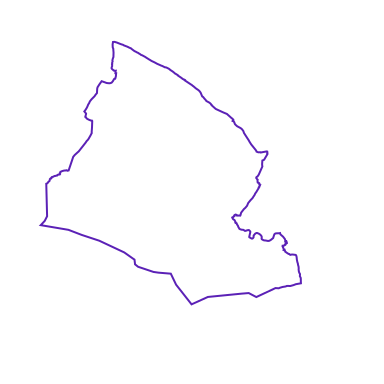 Lardal nor, Vestfold, Norway, rotated 297°
{"feature_id": "86288312B65045037066100", "entity_name": "Lardal nor", "entity_type": "district", "adm_level": 2, "iso_a3": "NOR", "parent_name": "Norway", "parent_adm1": "Vestfold", "projection": "mercator", "projection_center": [9.915, 59.364], "detail": "fine", "context": "isolated", "style": "outline", "palette": "violet", "viewbox_px": 384, "rotation_deg": 297, "n_neighbors": 0, "source": "geoboundaries", "source_scale": "gbopen_adm2", "svg_char_len": 5789}
<svg xmlns="http://www.w3.org/2000/svg" viewBox="0 0 384 384"><g transform="rotate(297 192 192)"><path d="M260.1,242.0L260.8,241.6L260.7,241.4L262.1,240.8L262.2,240.7L262.0,240.0L261.6,239.5L258.7,235.7L258.4,235.4L258.5,235.0L257.8,233.7L257.6,233.4L257.4,232.6L257.3,232.1L257.3,231.1L258.0,230.4L261.3,223.1L262.9,220.4L263.8,219.1L265.4,216.3L268.2,211.5L269.6,210.1L270.6,208.1L271.0,206.4L271.1,202.3L271.6,200.5L272.0,199.4L272.9,198.4L273.3,198.1L273.6,197.4L273.9,197.1L274.0,196.8L273.7,196.2L273.7,195.9L274.3,195.9L274.8,196.2L275.2,196.0L275.3,195.7L275.3,195.3L275.6,194.9L276.0,192.9L276.4,191.5L276.8,189.9L277.4,187.7L277.1,183.8L276.8,176.1L276.8,175.4L277.0,174.6L278.1,170.5L278.5,170.1L278.5,169.4L279.1,168.7L279.5,166.9L279.6,163.5L280.2,162.4L280.9,160.5L281.5,159.3L281.8,158.4L281.8,157.7L284.5,154.5L285.4,152.6L285.8,150.9L285.8,150.5L286.1,148.3L286.9,145.1L286.9,144.5L287.3,143.1L287.3,142.6L288.2,134.8L288.6,134.8L288.6,133.5L288.5,132.8L288.5,132.4L288.6,131.8L288.8,131.2L289.4,126.5L289.8,126.0L289.7,125.1L289.9,123.9L289.8,123.4L290.2,121.9L290.6,120.0L290.9,117.1L291.0,117.0L291.3,115.5L291.3,115.1L291.3,112.8L291.1,111.8L290.8,111.3L290.8,110.7L290.8,109.3L290.8,108.3L290.6,106.9L290.6,106.0L290.5,104.4L290.4,102.8L290.5,99.8L290.4,96.4L290.6,94.5L290.6,93.9L290.8,91.9L290.9,90.5L291.1,89.1L291.2,85.4L291.0,84.6L291.3,82.9L291.3,81.9L291.5,81.0L291.4,79.9L291.5,77.7L291.4,77.2L291.5,76.3L291.9,74.0L292.1,73.0L292.3,72.4L292.1,70.4L292.2,69.5L292.1,69.1L292.1,68.6L292.1,68.0L292.0,67.4L291.8,65.4L291.7,65.0L291.8,64.2L291.8,63.5L291.8,63.3L291.6,62.7L291.4,61.1L291.0,56.8L290.8,56.1L290.8,55.7L290.7,55.3L290.5,54.6L289.8,53.5L287.4,54.3L284.9,55.7L283.8,56.9L283.2,57.2L280.6,58.8L276.6,60.7L274.9,60.9L273.2,61.3L272.7,61.6L272.5,61.9L270.8,62.2L270.4,62.4L270.0,62.8L269.5,62.7L268.5,63.4L267.6,63.8L266.7,63.8L265.7,64.2L265.4,64.6L265.0,65.9L264.9,66.7L264.7,67.0L264.7,67.5L264.9,67.7L265.0,68.4L265.4,69.0L264.6,69.2L263.1,69.8L263.4,70.5L262.1,71.0L260.7,71.6L258.5,72.1L258.0,72.1L257.9,71.9L257.7,71.5L257.2,71.3L255.0,71.2L253.5,70.9L252.9,70.7L252.3,70.2L251.6,69.4L251.0,68.2L250.4,66.5L250.3,65.9L250.2,64.9L249.7,61.2L245.7,60.6L242.4,60.3L241.1,60.6L237.0,62.4L234.8,61.9L233.1,61.7L229.0,60.4L226.6,59.9L225.3,59.9L224.6,60.0L222.8,59.8L220.7,60.0L218.8,60.0L216.6,59.8L214.9,59.5L213.8,62.0L213.4,62.2L210.5,62.8L210.4,63.7L209.9,64.3L209.6,65.4L209.6,66.8L209.6,67.5L209.6,68.0L209.8,69.0L209.8,69.7L210.2,70.4L210.0,70.8L209.7,71.0L204.1,73.6L199.6,75.5L199.1,75.9L196.2,75.9L192.3,75.7L191.1,75.5L189.5,75.0L187.7,74.8L176.6,72.6L175.7,72.2L171.7,70.7L169.4,70.2L155.2,72.3L154.4,71.4L154.4,71.2L154.5,70.8L154.4,70.3L153.9,69.9L153.8,69.5L153.0,68.3L151.7,66.8L150.8,66.2L150.3,65.6L150.2,65.6L149.4,65.8L148.6,65.6L148.4,65.7L148.2,66.0L148.1,66.3L147.7,66.3L147.5,66.1L147.2,65.6L146.5,64.7L146.3,64.5L145.5,64.4L145.4,64.3L145.1,63.7L144.5,63.3L143.9,62.3L143.4,61.9L142.8,61.6L141.6,60.3L141.2,60.3L140.9,60.5L140.2,60.4L140.1,59.9L139.0,59.5L138.2,59.8L136.9,60.0L135.9,59.4L135.1,59.4L134.0,59.1L133.2,58.4L104.6,73.9L99.4,73.9L93.8,72.3L102.2,99.1L103.7,113.3L106.5,131.5L107.4,159.1L105.6,171.5L101.7,174.1L100.9,177.9L103.3,194.0L104.9,198.7L109.6,210.2L102.2,219.9L91.7,242.6L105.7,253.8L123.8,282.1L127.7,288.4L127.6,297.0L144.3,310.0L145.6,313.0L146.6,313.8L148.5,315.8L150.4,318.4L151.2,319.0L151.5,319.4L152.9,322.3L155.1,324.7L157.0,326.4L160.1,330.5L162.6,329.1L162.9,329.0L164.8,327.9L166.0,326.3L167.5,325.7L168.0,325.4L168.7,324.3L169.7,323.3L171.5,322.1L172.5,321.7L173.9,320.8L175.4,319.4L176.2,318.9L177.5,317.6L179.4,316.1L181.3,314.9L182.2,314.2L182.7,313.6L183.0,313.1L183.0,312.9L182.2,310.6L181.6,309.3L180.6,308.1L180.9,306.9L180.7,306.4L180.7,305.6L180.8,305.0L180.9,303.8L181.1,302.9L181.1,302.5L181.1,302.3L182.5,300.8L181.9,300.4L181.9,300.0L182.4,300.1L184.6,297.5L184.8,297.8L185.2,297.8L185.5,297.5L185.9,298.2L187.0,299.0L187.4,299.2L187.8,299.2L187.6,298.7L188.4,298.9L188.9,298.7L189.0,298.9L189.1,299.4L189.1,299.5L189.5,299.8L189.7,299.7L189.8,299.4L190.5,299.0L190.7,298.5L191.1,298.2L190.7,297.6L190.9,297.6L190.9,297.3L192.2,296.2L193.5,293.5L194.4,290.0L195.4,289.1L194.8,288.4L193.9,286.7L193.2,285.5L192.7,285.0L191.7,284.6L190.2,284.8L189.0,285.0L187.8,285.2L185.1,284.0L183.7,283.1L182.9,282.0L182.2,279.6L181.7,278.4L181.5,277.5L181.6,276.3L181.6,275.7L181.8,275.4L182.2,275.1L183.5,274.6L183.9,274.3L184.5,273.5L185.0,272.1L185.2,270.7L185.1,269.0L185.0,268.5L184.7,268.0L183.5,267.2L181.2,266.7L179.6,267.4L178.7,267.3L178.2,267.1L177.8,266.8L177.6,266.3L177.6,266.0L177.7,263.7L177.9,263.4L182.6,262.2L183.3,261.8L183.5,261.3L183.9,260.1L183.7,259.5L182.8,258.4L182.1,257.8L181.4,256.9L181.6,255.0L180.9,253.2L180.7,251.9L180.7,251.0L182.0,249.0L182.9,248.1L183.5,246.8L184.3,246.1L184.4,245.9L184.5,245.7L184.4,245.3L184.2,245.0L184.3,244.6L184.5,244.4L184.8,244.4L185.1,244.3L186.3,242.6L186.4,241.3L186.6,240.7L186.9,240.2L187.6,239.4L187.8,239.5L188.5,240.2L189.1,240.2L189.8,240.7L190.2,240.3L190.5,240.3L191.1,240.6L191.7,241.1L191.8,241.7L191.8,242.0L191.6,242.0L191.5,242.3L191.4,242.7L191.7,242.9L191.7,243.3L191.8,243.7L192.6,244.8L192.7,245.3L192.7,245.6L192.8,245.7L193.5,245.7L195.6,245.2L196.1,245.2L200.3,246.0L202.1,246.7L204.7,247.3L207.5,247.1L207.8,247.1L211.4,247.9L213.7,248.6L214.7,248.8L215.5,248.8L217.7,249.1L219.3,249.0L221.1,249.3L226.7,249.7L226.8,249.5L226.8,249.4L228.0,249.6L229.0,249.5L228.9,249.3L228.8,249.1L229.3,248.5L230.0,248.4L230.3,248.0L230.4,247.8L230.3,247.4L230.2,246.6L230.3,246.2L231.0,245.9L231.5,245.3L232.8,244.9L233.0,244.1L233.7,242.8L234.6,242.7L235.0,242.9L235.5,243.3L237.8,243.6L246.7,243.1L247.8,242.3L248.7,241.8L252.0,240.4L253.5,241.6L260.1,242.0Z" fill="none" stroke="#5b21b6" stroke-width="2"/></g></svg>